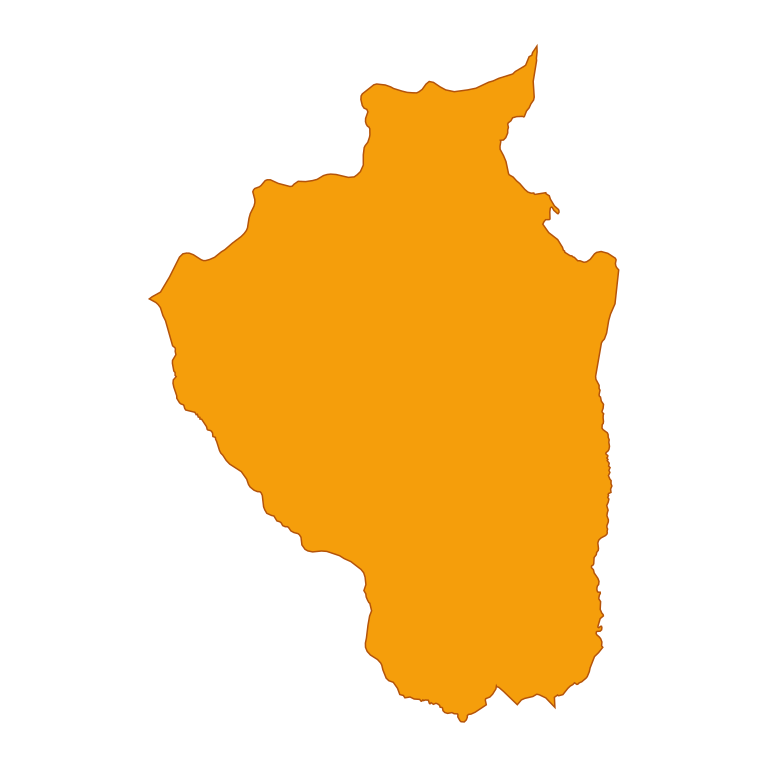 Tutazá, Boyacá, Colombia (Robinson projection)
{"feature_id": "7082276B26518640564592", "entity_name": "Tutazá", "entity_type": "district", "adm_level": 2, "iso_a3": "COL", "parent_name": "Colombia", "parent_adm1": "Boyacá", "projection": "robinson", "projection_center": [-72.847, 6.08], "detail": "fine", "context": "isolated", "style": "filled", "palette": "amber", "viewbox_px": 768, "rotation_deg": 0, "n_neighbors": 0, "source": "geoboundaries", "source_scale": "gbopen_adm2", "svg_char_len": 6094}
<svg xmlns="http://www.w3.org/2000/svg" viewBox="0 0 768 768"><path d="M610.5,314.1L615.0,303.8L618.7,269.9L616.6,267.5L615.8,265.9L615.4,263.4L616.1,259.9L615.3,258.2L607.8,253.3L601.1,251.5L596.6,252.4L594.5,253.9L590.2,259.4L586.6,261.8L584.0,262.3L580.1,260.8L577.7,260.7L574.3,257.3L573.3,257.1L571.9,255.9L570.0,255.6L564.8,252.3L564.6,251.1L563.3,250.1L562.5,247.4L557.7,239.6L548.7,232.6L542.8,224.2L544.0,221.7L545.6,219.7L549.3,219.6L550.0,219.0L549.8,211.9L550.3,208.2L550.8,207.5L551.7,207.1L552.3,207.5L553.8,210.3L557.5,213.6L558.1,213.7L559.0,212.4L559.0,211.0L558.5,209.5L554.4,205.9L550.4,199.2L549.3,195.8L546.1,193.8L545.8,192.7L535.0,194.4L534.3,194.1L533.8,193.0L531.1,193.2L527.8,192.0L524.8,189.4L519.8,183.6L516.5,180.8L513.2,177.1L509.2,174.8L508.5,173.5L506.0,161.6L503.5,155.6L500.1,149.3L500.0,146.2L500.8,141.6L500.3,140.3L503.5,140.0L505.8,137.6L507.7,133.0L507.7,129.9L508.4,127.4L507.7,124.1L508.3,122.8L510.9,120.8L512.6,117.8L516.7,116.6L522.4,116.4L523.8,116.9L524.3,116.6L526.5,111.0L529.1,107.9L530.9,103.9L533.6,100.0L534.2,97.1L533.2,81.4L536.6,60.6L536.4,58.3L537.1,51.8L536.9,46.1L532.6,52.5L531.8,55.3L529.1,56.7L525.7,65.1L524.4,66.1L515.3,71.5L512.7,74.0L498.9,78.3L492.9,81.0L488.7,82.2L476.0,88.2L467.7,89.9L454.3,91.7L445.7,89.9L440.0,86.8L433.5,82.4L429.2,81.5L426.0,84.1L422.2,89.4L418.8,91.9L416.6,92.9L412.7,92.8L407.2,92.4L402.0,91.1L393.6,88.5L390.7,86.9L385.3,85.0L376.7,84.0L373.8,84.8L362.3,93.9L361.1,96.0L360.9,99.6L362.3,105.5L364.0,108.1L366.8,109.4L367.9,111.9L365.6,118.4L365.5,121.7L366.2,124.1L367.4,126.1L369.0,127.2L369.8,128.8L369.9,134.9L369.5,137.2L367.8,142.3L365.2,145.6L364.2,147.6L363.3,154.8L363.3,165.1L360.4,171.6L357.1,174.8L354.2,176.9L348.4,177.4L336.1,174.5L330.7,174.1L327.1,174.5L323.4,175.6L317.1,179.4L312.5,180.6L305.6,181.6L298.2,181.3L294.0,184.2L292.2,186.2L290.0,186.5L278.2,183.4L270.4,179.8L267.2,179.8L265.2,180.6L261.1,185.5L259.4,186.8L254.8,188.5L253.5,190.0L252.8,191.8L254.8,199.5L254.9,202.5L254.0,206.1L250.3,213.6L249.0,218.3L247.5,227.9L246.4,230.5L244.2,233.5L241.1,236.6L232.6,243.0L224.7,249.8L221.4,251.8L214.6,257.3L209.6,259.5L205.6,260.6L203.4,260.6L201.1,259.7L193.5,254.8L189.4,253.2L186.5,253.1L182.9,253.8L179.5,257.1L169.5,277.0L160.5,292.1L152.2,296.7L149.3,298.9L155.9,302.5L158.1,304.5L160.4,307.6L162.9,315.5L165.5,320.7L172.6,345.8L175.0,347.8L175.4,348.9L175.2,351.4L175.9,354.7L172.5,360.4L172.4,363.3L173.8,371.0L175.1,372.5L175.1,375.4L176.2,376.6L173.3,379.9L173.0,383.3L173.8,387.1L176.7,395.7L176.8,398.3L179.5,402.7L180.7,403.8L183.1,404.7L183.8,405.3L184.7,408.4L185.7,410.0L194.9,412.3L196.2,414.7L197.4,414.3L198.2,417.0L199.9,417.4L199.9,419.0L201.7,419.3L206.5,426.6L207.2,429.4L207.7,429.9L210.6,430.6L211.5,431.4L212.5,432.9L212.9,436.5L215.4,437.4L215.6,439.2L216.7,441.6L219.5,450.5L220.8,453.1L222.9,455.3L226.2,460.4L229.7,464.1L241.3,471.6L246.7,479.2L248.5,484.5L250.2,487.1L254.0,490.2L257.4,491.6L260.1,491.8L261.1,492.8L262.3,495.4L263.6,506.8L264.8,509.9L266.8,513.3L271.4,515.4L273.9,516.0L276.9,520.9L279.8,521.8L281.1,522.7L282.7,525.6L285.2,526.7L287.5,526.7L288.6,527.6L290.9,530.9L293.8,532.5L298.2,533.7L299.5,534.9L301.0,537.3L301.9,544.9L305.0,549.3L307.8,550.9L312.6,551.9L321.5,551.0L326.8,551.4L339.6,555.7L344.2,558.6L350.9,561.6L361.0,569.4L363.7,572.8L365.1,577.2L365.9,584.6L363.9,590.6L365.8,593.8L366.2,597.0L367.5,600.0L368.9,602.6L369.8,603.2L371.6,610.8L369.6,616.0L368.0,625.1L366.4,638.2L365.4,643.1L365.5,647.3L367.2,651.4L370.4,655.0L377.5,659.5L380.7,663.0L381.8,665.2L382.9,669.9L386.2,678.2L388.8,680.7L393.3,682.3L397.5,688.3L399.8,694.5L403.4,695.5L404.9,697.8L410.1,697.0L414.1,699.0L419.7,699.4L421.1,701.2L421.7,701.2L422.9,699.9L423.6,700.6L425.3,700.0L428.3,700.2L429.4,703.4L430.0,703.8L431.1,702.7L433.4,704.3L435.9,703.3L437.3,703.7L439.6,705.3L440.1,707.2L442.0,707.5L442.5,708.0L443.0,710.7L444.8,712.5L447.6,713.4L452.0,712.6L454.1,713.7L457.5,713.9L457.9,714.6L457.8,716.9L459.9,720.6L461.0,721.7L463.6,721.9L464.3,721.9L466.3,719.9L467.3,717.3L467.3,715.6L468.5,714.4L471.0,714.1L475.2,712.2L486.3,704.8L485.3,700.1L485.7,698.7L489.9,697.0L492.6,694.2L495.9,688.9L496.4,686.0L496.7,686.6L498.9,687.4L503.3,691.2L517.3,704.7L521.4,699.9L524.8,698.4L532.9,696.5L536.8,694.2L539.3,694.8L545.8,697.9L554.9,707.4L554.4,697.3L557.6,695.0L558.3,695.7L559.3,695.6L562.9,694.6L567.8,688.4L570.3,686.0L572.8,684.6L574.5,682.8L576.9,684.4L577.8,684.2L579.3,682.8L581.7,681.8L586.3,677.9L587.3,676.5L589.3,671.7L590.1,667.9L594.5,656.6L598.6,652.6L602.8,647.3L601.6,645.9L601.9,642.0L600.7,638.8L599.5,637.2L596.7,634.7L596.1,633.4L596.4,631.9L597.0,631.4L600.1,631.2L601.6,629.8L601.9,627.7L601.5,626.3L600.7,626.3L598.8,627.7L597.9,627.1L597.9,626.5L600.2,618.6L603.4,615.9L603.1,614.5L601.8,613.1L600.2,609.4L600.6,601.6L598.9,599.0L598.8,598.1L599.4,595.1L600.3,593.5L600.2,592.2L598.1,592.2L597.2,591.0L596.9,589.7L596.9,587.8L597.5,585.8L598.6,584.6L599.0,581.4L597.9,578.4L594.2,573.0L593.4,569.7L591.6,567.8L591.4,567.0L591.7,565.8L592.9,565.2L593.7,563.9L594.1,557.5L596.3,554.7L596.6,552.5L598.2,550.4L598.5,548.5L597.8,543.0L598.5,540.8L599.1,539.7L601.1,537.9L605.6,535.5L606.9,534.1L607.3,532.9L607.1,531.3L607.6,529.0L607.0,527.8L606.8,525.9L608.3,521.9L608.4,519.8L606.9,515.7L607.3,512.8L608.1,510.2L606.7,505.6L608.2,502.2L608.9,499.1L607.7,497.3L608.6,495.4L608.1,494.5L608.6,493.5L611.0,492.4L610.6,489.1L611.9,486.0L611.0,483.6L611.1,480.6L609.9,479.2L608.4,475.6L609.9,472.5L608.9,470.3L610.1,467.6L608.6,466.1L609.2,463.2L607.2,460.6L608.0,459.5L606.8,458.0L607.7,456.8L607.8,455.5L606.3,454.4L605.8,453.4L606.2,452.5L608.2,450.8L609.0,449.2L609.5,446.3L608.8,442.2L609.2,439.8L608.2,437.3L608.1,434.5L607.3,432.8L603.0,429.6L602.0,428.1L602.2,424.7L603.2,423.4L603.5,421.4L603.1,418.0L603.2,415.0L603.7,413.9L602.2,412.2L602.0,411.3L603.1,408.3L603.5,404.3L601.3,401.1L600.5,397.1L599.3,396.0L599.1,394.6L600.0,390.2L599.1,388.5L599.1,385.3L595.9,379.3L595.6,376.3L601.4,343.1L602.4,341.2L604.4,339.0L606.6,333.1L608.7,320.5L610.5,314.1Z" fill="#f59e0b" stroke="#b45309" stroke-width="1.5"/></svg>